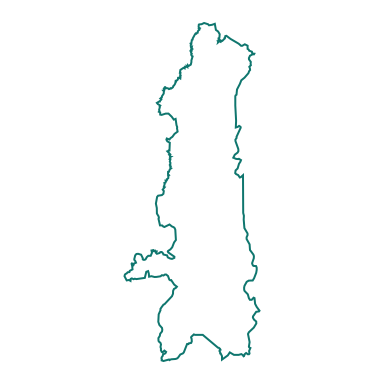 outline of Puebloviejo, Los Rios, Ecuador
{"feature_id": "8360857B21283646614979", "entity_name": "Puebloviejo", "entity_type": "district", "adm_level": 2, "iso_a3": "ECU", "parent_name": "Ecuador", "parent_adm1": "Los Rios", "projection": "natural_earth1", "projection_center": [-79.56, -1.537], "detail": "fine", "context": "isolated", "style": "outline", "palette": "teal", "viewbox_px": 384, "rotation_deg": 0, "n_neighbors": 0, "source": "geoboundaries", "source_scale": "gbopen_adm2", "svg_char_len": 5974}
<svg xmlns="http://www.w3.org/2000/svg" viewBox="0 0 384 384"><path d="M161.5,358.8L161.9,359.3L161.7,360.4L163.5,361.0L169.0,359.5L169.5,360.1L171.1,359.3L175.3,359.0L176.8,358.6L178.0,357.7L180.3,354.5L182.9,353.4L183.8,352.4L187.1,344.0L188.4,344.1L188.7,343.4L191.2,342.9L191.8,341.3L191.6,338.7L191.1,337.6L191.3,336.8L193.9,334.4L194.9,334.9L202.8,334.9L218.0,347.7L218.8,347.8L220.0,348.8L220.5,349.8L219.6,350.3L219.5,351.1L220.2,352.3L220.2,353.5L220.8,353.7L222.0,356.2L222.0,359.6L227.8,355.4L229.8,352.4L234.0,354.9L238.6,354.9L241.3,354.1L242.7,355.0L243.6,356.3L244.0,356.1L244.7,354.2L246.1,353.0L247.9,354.3L249.0,354.2L249.5,353.6L249.1,351.0L250.4,348.0L249.2,347.4L248.9,346.7L249.6,342.1L248.0,334.0L248.8,332.3L253.8,327.6L256.3,323.5L256.2,321.5L254.0,319.6L252.9,317.6L253.0,316.4L256.2,311.8L259.0,311.4L259.5,310.7L256.7,306.9L255.1,303.8L254.5,298.1L253.6,297.7L251.7,299.8L249.9,299.8L248.9,298.2L247.8,294.3L244.6,291.0L244.2,289.9L244.1,287.7L244.5,285.8L246.7,281.8L248.8,280.6L252.7,280.5L254.1,278.2L256.2,272.8L256.7,269.9L256.7,267.7L256.1,266.1L253.5,265.9L252.9,265.4L252.3,264.0L252.1,263.2L253.8,258.2L253.9,256.1L253.4,254.6L250.0,250.0L249.6,244.4L246.6,239.0L246.6,237.2L247.6,235.0L247.5,233.4L244.4,228.1L243.7,219.5L243.9,215.7L243.2,213.0L243.0,175.2L240.8,177.2L239.8,177.5L238.2,175.1L236.1,174.1L235.2,173.1L235.6,170.4L237.6,168.5L239.0,163.8L240.4,161.7L241.0,160.1L238.9,158.8L238.3,159.1L236.1,158.9L233.3,157.7L234.8,154.7L237.6,152.6L238.4,151.1L238.3,149.0L235.5,141.2L235.4,139.7L236.6,137.9L236.5,136.9L240.7,127.7L240.5,126.8L239.1,125.9L237.7,126.9L235.8,127.5L236.1,120.9L235.3,105.6L235.3,96.2L235.6,95.4L236.5,94.7L237.0,89.5L239.9,83.9L241.3,80.3L244.5,77.7L248.4,73.2L249.1,71.2L250.1,70.0L249.9,68.3L249.3,66.8L250.9,65.2L250.6,63.9L250.8,61.9L249.0,59.4L248.9,58.1L250.0,55.7L252.7,54.3L254.0,54.3L254.3,53.7L252.2,53.4L251.9,51.7L249.2,50.7L248.7,49.6L247.6,48.9L247.6,45.7L244.8,44.3L242.2,45.8L241.1,45.8L238.7,43.7L230.5,38.9L226.4,35.8L225.3,36.1L224.9,38.2L224.5,38.2L224.4,38.8L222.3,40.9L221.4,40.7L221.0,41.4L220.3,40.5L220.2,41.6L219.5,41.2L218.1,42.4L218.3,41.6L217.9,41.1L218.6,40.9L218.4,40.2L218.8,39.5L218.5,38.3L219.4,37.7L219.7,34.2L218.1,31.5L215.9,29.9L214.8,23.8L212.1,24.8L209.0,25.3L208.0,24.2L204.1,23.0L201.6,24.2L199.1,24.4L198.8,24.7L198.6,26.9L198.9,27.7L199.6,28.1L199.0,28.5L199.6,29.0L199.3,29.9L198.7,30.1L197.8,31.4L197.7,32.7L197.0,32.9L196.4,33.7L195.7,33.4L195.0,34.3L192.7,38.5L192.6,39.6L191.8,40.1L191.4,43.0L190.7,43.4L191.3,44.1L190.7,45.0L190.9,47.0L191.0,47.3L191.8,46.9L191.4,48.6L192.1,48.4L192.4,48.9L191.7,49.3L191.7,50.1L191.0,49.9L190.4,50.9L191.3,51.9L191.0,52.8L191.8,53.8L191.2,54.8L192.0,56.1L192.6,56.4L191.4,60.4L191.4,62.1L190.8,64.6L188.4,66.1L187.8,65.3L187.6,66.2L186.7,65.9L187.0,66.9L186.3,66.5L185.3,67.3L184.8,66.9L184.4,67.5L184.5,68.3L183.4,67.9L180.4,69.9L180.0,72.0L180.4,72.4L179.9,73.1L180.4,73.6L180.2,75.0L180.6,75.5L180.1,76.1L180.5,76.8L180.3,78.5L178.9,77.7L178.1,77.8L177.9,79.3L177.3,80.2L176.3,80.5L176.1,81.4L175.6,81.2L175.2,83.6L174.0,85.5L173.4,85.9L172.9,87.3L171.3,88.5L170.4,88.2L169.9,88.9L168.9,89.1L168.3,88.5L166.9,88.1L165.6,88.4L165.3,87.2L164.8,87.2L163.8,88.7L164.4,89.4L164.2,90.5L163.3,90.6L163.9,91.3L163.7,93.6L161.9,96.3L161.9,97.2L160.5,98.4L161.3,98.8L161.4,99.4L160.1,100.7L159.9,101.5L159.0,101.6L156.9,102.9L157.8,104.0L160.3,105.6L159.6,106.7L159.8,107.3L159.1,109.9L159.5,111.0L158.9,111.8L160.2,112.5L160.2,114.6L161.6,114.9L165.7,113.6L168.5,113.6L171.7,116.7L173.8,119.6L175.6,118.9L176.5,125.2L177.2,127.1L177.0,128.2L177.6,131.6L174.5,133.9L172.4,136.8L170.4,138.2L169.5,139.5L166.8,138.5L166.4,139.7L167.3,141.3L169.8,142.7L169.5,149.7L169.0,150.1L169.3,150.6L167.4,151.3L170.3,154.4L169.9,154.8L170.0,155.5L169.6,155.4L170.3,156.6L170.8,156.7L170.1,157.1L170.3,158.1L169.9,158.3L170.3,159.1L169.9,159.4L170.3,159.7L169.8,161.7L170.5,163.0L169.8,164.8L170.4,165.2L170.1,165.9L170.7,166.5L170.3,167.1L170.4,167.9L171.1,168.3L169.8,169.4L168.8,171.9L168.1,171.9L168.0,174.2L169.0,175.2L168.1,175.8L168.4,176.6L168.2,178.3L166.9,179.2L167.0,179.9L166.6,180.5L165.6,180.5L165.9,181.6L165.4,182.7L164.4,182.9L164.6,184.4L163.8,186.8L164.7,187.2L162.7,189.6L163.8,191.0L163.4,193.8L161.9,195.1L158.1,195.7L157.1,196.9L155.9,203.6L156.8,208.0L156.9,213.5L158.6,216.4L158.9,217.9L158.5,218.8L160.0,225.4L162.3,225.5L163.2,226.5L164.4,227.0L169.5,224.5L172.0,226.5L173.7,227.2L174.7,228.2L175.3,229.7L175.9,240.0L174.1,242.4L172.2,247.3L170.4,249.4L168.0,251.0L167.8,251.5L168.2,252.4L174.4,256.7L174.3,257.9L172.0,258.9L170.1,258.5L167.8,257.4L167.1,255.4L163.4,254.5L162.9,253.2L161.7,252.0L160.3,252.1L159.6,253.0L156.9,253.8L155.9,252.8L156.6,251.4L155.6,251.3L155.0,250.6L154.3,251.3L153.7,251.2L153.2,250.1L151.5,250.5L152.0,252.7L150.7,255.8L148.3,255.8L146.8,257.1L145.6,259.3L144.7,259.8L143.3,259.8L142.7,259.1L142.8,258.2L141.1,254.7L138.1,253.8L136.4,254.0L135.2,255.4L134.3,259.0L134.3,259.8L135.4,261.2L136.0,262.7L134.1,263.5L133.4,265.2L132.8,264.9L132.2,263.5L131.9,263.4L131.6,263.8L132.2,266.1L132.5,269.4L129.8,270.8L129.4,272.1L127.6,272.3L126.7,273.4L125.5,274.0L124.9,274.6L124.5,276.2L126.7,280.4L129.0,280.0L130.5,280.9L130.7,278.9L131.8,278.4L133.6,279.2L134.8,278.7L136.3,279.1L144.8,277.9L146.3,271.8L148.1,271.1L148.8,273.5L149.1,276.7L151.4,276.2L154.6,277.0L156.6,276.9L160.5,276.3L161.9,275.2L163.5,275.5L165.0,274.5L166.1,274.5L168.0,276.0L169.3,279.6L170.3,280.3L171.2,280.1L174.2,284.6L176.9,286.7L176.1,287.7L173.9,289.0L173.1,290.9L173.0,293.7L172.0,296.2L164.5,304.2L163.5,304.6L161.5,307.3L160.4,309.0L160.5,310.2L158.7,314.3L158.3,321.8L159.4,325.0L162.0,327.9L162.3,329.8L162.0,331.5L160.2,333.7L159.8,335.9L158.4,338.1L158.5,340.7L158.8,341.5L160.4,342.8L161.0,344.4L160.5,347.0L161.0,348.7L160.9,350.2L161.7,351.9L162.5,352.4L164.4,350.6L166.1,351.9L165.4,353.3L163.1,354.4L162.6,356.1L161.6,357.4L161.5,358.8Z" fill="none" stroke="#0f766e" stroke-width="2"/></svg>